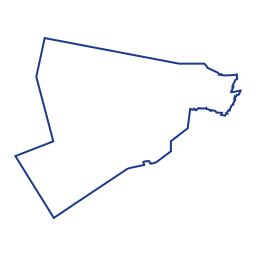 Harlingen, Netherlands
{"feature_id": "6326949B40723251176643", "entity_name": "Harlingen", "entity_type": "district", "adm_level": 2, "iso_a3": "NLD", "parent_name": "Netherlands", "parent_adm1": "", "projection": "robinson", "projection_center": [5.441, 53.126], "detail": "fine", "context": "isolated", "style": "outline", "palette": "blue", "viewbox_px": 256, "rotation_deg": 0, "n_neighbors": 0, "source": "geoboundaries", "source_scale": "gbopen_adm2", "svg_char_len": 4138}
<svg xmlns="http://www.w3.org/2000/svg" viewBox="0 0 256 256"><path d="M53.8,217.9L74.7,203.9L74.8,203.7L76.1,202.8L76.7,202.5L76.8,202.5L80.0,200.4L90.4,193.4L123.5,171.4L125.5,170.0L126.0,169.7L126.4,169.5L126.9,169.2L127.5,168.9L128.1,168.7L128.4,168.5L129.2,168.2L129.8,168.0L130.4,167.9L131.1,167.7L144.2,165.0L144.2,164.8L143.3,162.1L143.3,161.9L143.5,161.8L145.3,161.4L148.7,161.0L148.8,161.0L149.2,161.2L149.4,161.4L149.7,162.3L150.0,163.2L150.6,163.1L150.8,163.1L151.1,163.7L152.8,163.3L153.8,163.1L154.4,162.9L155.1,162.7L155.7,162.4L156.3,162.1L156.9,161.8L157.4,161.4L170.9,151.3L170.9,141.2L187.7,128.3L190.2,108.9L192.5,109.7L193.0,109.5L193.6,109.5L193.8,108.8L194.8,109.3L194.5,109.6L194.4,109.7L196.1,110.3L196.3,110.1L196.4,109.9L196.7,109.7L197.0,109.4L197.4,109.2L197.5,109.1L197.7,108.9L197.8,108.8L197.9,108.6L198.5,108.1L198.9,108.2L199.0,108.2L199.6,108.2L199.9,108.2L200.0,108.2L200.0,108.3L199.9,108.4L200.1,108.5L200.6,108.5L200.9,108.5L201.0,108.4L201.3,108.4L201.4,108.5L201.6,108.6L202.3,108.5L204.0,108.4L204.0,108.5L205.5,108.4L205.9,108.4L206.2,108.4L206.3,108.4L206.3,108.5L206.4,108.3L206.5,108.5L206.4,108.6L206.2,108.7L206.2,108.8L206.3,108.9L206.9,109.0L207.1,109.0L207.3,109.0L207.5,109.1L207.8,109.2L208.0,109.3L208.3,109.3L208.7,109.5L208.8,109.6L209.0,109.8L209.4,110.0L209.5,110.0L210.0,110.0L210.4,110.1L210.5,110.2L210.5,110.3L210.4,110.5L210.5,110.6L210.6,110.8L211.0,110.9L211.4,110.4L211.5,110.3L211.5,110.1L213.7,110.6L214.3,110.7L215.1,110.9L215.3,111.0L215.5,111.1L215.7,111.3L215.8,111.4L216.1,111.9L216.1,112.1L216.2,112.3L217.2,112.6L217.7,112.7L218.1,112.7L219.8,112.7L220.9,112.8L221.9,112.8L221.6,113.5L221.3,114.1L221.0,114.8L221.3,114.9L222.6,115.2L222.8,115.1L223.8,115.3L224.0,115.4L224.9,115.7L225.3,115.3L225.3,115.2L225.5,115.0L225.5,114.9L225.6,114.7L225.6,114.4L225.9,114.2L226.1,114.1L226.3,113.9L226.5,113.7L226.7,113.4L227.0,113.4L226.9,113.3L227.0,113.3L227.2,113.2L227.2,112.8L227.1,112.5L227.2,112.4L227.3,112.1L227.3,111.9L227.4,111.7L227.5,111.6L227.8,111.2L228.2,110.7L228.4,110.5L228.5,110.4L228.6,110.2L229.1,110.3L229.4,110.5L229.6,110.6L229.7,110.4L229.6,110.2L229.7,109.9L229.8,109.9L229.8,109.7L229.9,109.4L230.0,109.3L230.0,109.1L230.2,108.6L230.4,108.2L230.5,108.1L230.5,107.9L230.7,107.5L230.8,107.4L230.9,107.1L230.9,106.9L231.5,105.7L232.0,105.4L232.4,105.2L232.5,105.1L232.4,105.1L232.5,105.0L232.6,104.7L232.9,104.5L232.9,104.4L233.0,104.4L233.4,103.3L233.4,103.2L233.5,102.9L233.6,102.7L233.9,102.0L234.6,101.0L235.0,100.4L235.2,100.0L234.5,99.8L234.2,99.6L234.1,99.4L234.3,99.1L234.4,98.9L234.5,98.7L234.7,98.4L234.8,98.1L234.5,98.0L234.6,97.7L234.8,96.7L234.9,96.8L234.9,96.7L235.3,96.7L235.6,96.6L235.8,96.6L236.1,96.6L236.7,94.9L237.2,94.9L238.0,94.9L238.1,94.7L238.3,94.6L238.6,94.4L238.8,94.3L239.0,94.3L239.0,94.2L239.2,93.9L239.3,93.5L239.3,93.4L239.4,93.1L239.5,93.0L239.5,92.8L239.6,92.5L239.7,92.4L239.7,92.2L239.8,92.1L240.0,92.0L240.1,91.9L240.2,91.6L240.4,91.3L240.6,90.9L240.6,90.5L236.7,91.3L235.9,91.4L234.7,91.7L233.5,91.9L232.5,92.1L231.6,92.2L231.5,91.9L231.1,91.8L231.6,90.7L231.7,90.4L231.8,90.3L231.9,90.0L232.3,89.3L232.2,89.3L233.5,86.6L233.2,86.5L232.4,86.6L232.4,86.4L232.5,85.9L232.6,85.7L232.8,85.2L233.0,84.8L233.3,84.3L233.3,84.2L234.0,82.9L234.2,82.5L234.4,81.9L234.6,81.5L234.9,80.9L235.0,80.7L235.3,80.2L235.5,79.8L235.6,79.7L236.1,79.4L236.5,79.3L237.1,79.2L237.0,76.5L237.0,76.4L236.9,76.1L236.9,75.9L236.9,75.7L236.9,74.7L236.8,74.4L234.7,75.0L234.3,75.0L233.0,75.1L230.1,75.2L228.7,75.3L228.4,75.3L227.9,75.3L224.8,75.4L224.6,75.4L224.2,75.4L223.8,75.4L222.6,75.0L222.3,74.9L222.2,75.0L221.8,75.0L221.7,75.1L221.4,74.9L221.3,74.7L221.3,74.4L221.2,74.2L220.7,74.2L220.6,74.3L220.4,74.3L220.2,74.6L220.1,74.8L219.9,74.8L219.4,74.8L219.2,74.9L218.8,74.4L218.3,73.1L218.2,72.9L215.4,71.5L214.8,71.2L212.7,70.3L212.2,70.0L211.7,69.8L211.0,69.5L210.0,69.0L207.8,67.9L207.6,68.0L207.3,67.8L207.2,67.7L207.2,67.3L207.2,67.2L207.3,67.2L204.5,63.7L179.3,63.7L137.2,55.7L112.0,50.9L86.7,46.1L44.7,38.1L36.3,76.8L47.0,117.4L53.3,141.3L15.4,156.1L34.4,186.7L53.8,217.9Z" fill="none" stroke="#1e3a8a" stroke-width="2"/></svg>